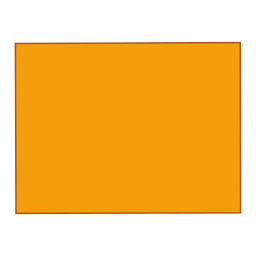 Wapello, Iowa, United States of America (Mercator projection)
{"feature_id": "52423323B35986324347111", "entity_name": "Wapello", "entity_type": "district", "adm_level": 2, "iso_a3": "USA", "parent_name": "United States of America", "parent_adm1": "Iowa", "projection": "mercator", "projection_center": [-92.439, 41.031], "detail": "fine", "context": "isolated", "style": "filled", "palette": "amber", "viewbox_px": 256, "rotation_deg": 0, "n_neighbors": 0, "source": "geoboundaries", "source_scale": "gbopen_adm2", "svg_char_len": 219}
<svg xmlns="http://www.w3.org/2000/svg" viewBox="0 0 256 256"><path d="M15.4,43.5L16.0,213.4L71.8,213.2L240.6,212.8L240.2,42.6L183.6,42.8L127.7,43.1L15.4,43.5Z" fill="#f59e0b" stroke="#b45309" stroke-width="1.5"/></svg>